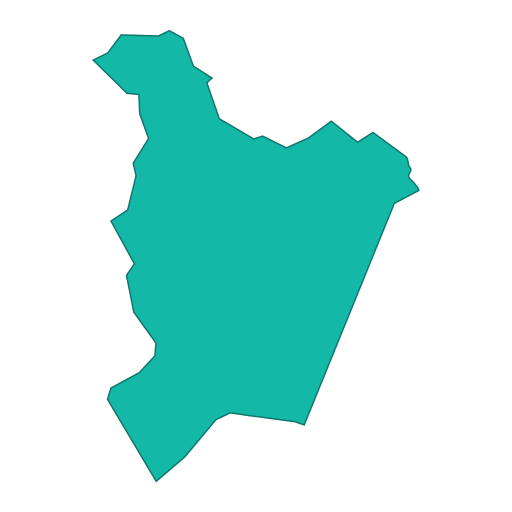 Habersham, Georgia, United States of America (Robinson projection)
{"feature_id": "52423323B73188542913517", "entity_name": "Habersham", "entity_type": "district", "adm_level": 2, "iso_a3": "USA", "parent_name": "United States of America", "parent_adm1": "Georgia", "projection": "robinson", "projection_center": [-83.51, 34.629], "detail": "fine", "context": "isolated", "style": "filled", "palette": "teal", "viewbox_px": 512, "rotation_deg": 0, "n_neighbors": 0, "source": "geoboundaries", "source_scale": "gbopen_adm2", "svg_char_len": 804}
<svg xmlns="http://www.w3.org/2000/svg" viewBox="0 0 512 512"><path d="M304.2,424.9L394.3,203.4L418.8,190.4L418.7,190.1L417.8,187.7L415.8,185.2L413.7,182.6L410.7,179.6L409.2,178.0L408.6,176.2L409.0,174.1L410.7,171.0L410.8,168.9L408.8,165.8L407.7,160.1L407.3,158.7L406.2,156.9L373.0,132.5L357.6,142.2L331.3,121.2L308.4,138.0L286.3,147.9L262.6,136.1L253.8,139.0L219.3,118.8L206.8,82.7L212.1,78.1L193.4,66.2L183.3,38.3L169.3,30.7L158.4,36.0L121.2,34.9L107.7,53.0L93.2,60.1L127.0,93.3L138.9,94.5L139.7,113.6L148.6,138.5L133.2,163.2L136.1,175.7L127.7,209.9L111.0,221.1L134.4,263.8L126.5,275.4L133.8,312.1L156.0,343.1L154.9,355.9L139.2,372.7L111.0,388.0L107.5,399.3L156.2,481.3L184.7,457.0L216.0,419.6L230.3,412.8L248.4,415.5L294.6,421.6L304.2,424.9Z" fill="#14b8a6" stroke="#0f766e" stroke-width="1.5"/></svg>